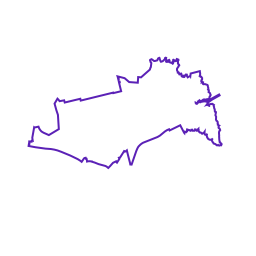 Albert-Eden Local Board Area, Auckland, New Zealand (Natural Earth projection), rotated 152°
{"feature_id": "76426892B596097138687", "entity_name": "Albert-Eden Local Board Area", "entity_type": "district", "adm_level": 2, "iso_a3": "NZL", "parent_name": "New Zealand", "parent_adm1": "Auckland", "projection": "natural_earth1", "projection_center": [174.717, -36.878], "detail": "fine", "context": "isolated", "style": "outline", "palette": "violet", "viewbox_px": 256, "rotation_deg": 152, "n_neighbors": 0, "source": "geoboundaries", "source_scale": "gbopen_adm2", "svg_char_len": 5545}
<svg xmlns="http://www.w3.org/2000/svg" viewBox="0 0 256 256"><g transform="rotate(152 128 128)"><path d="M67.0,91.2L66.7,90.3L65.9,89.9L65.5,88.8L65.4,88.3L65.2,88.1L64.1,88.3L63.4,88.1L62.2,88.7L62.4,88.4L62.6,87.9L63.1,87.4L63.2,86.5L63.0,85.8L62.1,85.6L61.9,85.5L61.6,85.5L61.4,85.2L62.1,84.4L62.2,83.7L62.4,83.3L62.5,83.0L62.3,82.4L62.5,81.5L62.4,80.9L62.2,80.7L61.6,79.5L60.9,79.0L59.4,78.5L58.0,79.0L58.9,78.6L59.4,78.2L59.9,78.2L59.9,77.3L59.8,76.7L59.9,75.9L59.6,75.0L59.7,74.8L59.7,74.1L58.3,72.7L58.0,71.7L57.6,70.9L57.2,70.7L56.4,70.8L56.2,70.1L55.4,69.5L54.6,69.6L53.9,69.0L53.3,69.4L52.9,69.8L52.9,70.4L53.5,71.7L53.4,72.0L53.7,72.2L53.7,72.5L52.6,75.5L52.0,76.6L51.8,77.3L51.1,78.4L49.9,81.1L49.0,82.3L48.4,82.4L48.0,82.8L47.6,82.9L47.4,84.4L47.8,85.1L47.7,85.3L47.9,85.6L47.7,86.2L46.9,87.3L46.7,87.2L46.4,87.3L46.8,87.8L46.8,88.2L47.1,88.6L46.7,89.1L46.9,89.6L46.0,91.1L46.0,91.6L46.1,91.9L46.1,92.3L46.5,93.0L46.3,94.3L45.9,94.9L44.9,96.6L44.8,98.3L43.0,100.5L42.9,100.8L42.9,101.0L43.5,101.4L43.5,102.0L42.6,103.9L42.7,104.3L42.6,105.1L42.4,105.7L42.1,106.1L42.0,107.5L41.8,107.7L41.3,108.0L42.2,109.8L42.4,109.9L42.6,109.8L43.0,109.9L43.9,110.5L44.4,110.6L44.8,110.3L45.2,110.3L46.0,110.1L45.6,109.2L45.4,109.1L45.5,109.1L46.0,109.6L46.0,109.9L46.7,110.6L46.9,111.3L47.4,111.4L47.1,111.5L46.4,111.4L46.6,111.7L46.2,111.7L45.7,112.5L45.9,112.9L40.4,113.6L31.8,113.8L31.8,114.8L44.2,114.6L46.6,115.0L46.4,115.2L46.6,115.4L47.0,115.5L47.1,116.3L47.7,116.0L49.0,116.0L51.2,116.8L51.9,116.7L52.1,116.9L52.1,117.1L52.4,117.3L52.9,117.9L53.5,118.2L53.5,117.7L53.7,117.4L54.8,117.5L55.2,117.4L55.6,117.0L56.0,117.1L56.3,117.3L56.5,118.4L56.4,118.6L56.0,117.9L55.9,117.5L55.6,117.4L53.9,118.3L53.7,118.3L53.4,118.4L53.1,118.7L52.2,118.7L51.9,118.9L51.8,118.7L51.9,118.0L51.8,117.7L50.9,117.5L50.5,117.5L50.3,117.4L49.1,117.5L48.6,117.9L48.6,118.5L48.4,117.9L48.0,117.6L47.2,117.4L46.5,117.0L46.3,116.1L44.7,116.4L43.3,115.7L42.0,116.3L41.2,117.4L40.6,117.5L40.3,117.9L39.6,118.2L39.4,118.7L39.5,119.3L39.2,120.1L39.6,121.3L39.9,121.6L40.0,121.9L39.5,122.3L39.2,123.1L39.2,124.2L38.9,124.1L38.9,124.6L38.3,125.6L38.1,126.9L37.7,127.8L37.6,128.5L37.7,128.8L39.5,130.7L40.1,130.7L40.5,130.3L40.3,130.9L40.9,131.3L41.1,131.7L40.9,132.2L40.2,133.1L40.4,133.4L40.8,133.7L41.2,133.7L41.0,133.9L41.4,134.6L41.1,134.9L40.9,135.6L40.4,135.9L39.9,135.9L39.1,137.3L39.3,138.1L39.2,138.8L40.0,139.3L40.0,140.1L40.2,140.3L39.4,140.9L39.2,141.5L38.7,142.2L37.9,144.5L47.1,146.7L48.5,144.7L48.5,144.8L51.5,144.7L51.5,145.2L51.4,145.5L51.6,146.2L51.0,147.5L51.7,148.0L52.4,147.4L52.7,147.3L53.7,148.0L54.1,147.7L53.9,147.1L54.0,146.9L54.3,146.6L54.7,146.7L55.1,147.2L55.9,147.7L56.1,148.1L55.4,148.5L55.6,148.8L56.0,148.5L56.2,148.9L55.8,149.9L55.8,150.7L55.5,150.7L55.5,151.1L55.9,151.2L57.1,151.0L57.5,151.2L57.5,151.6L57.1,152.2L57.2,153.2L57.9,153.3L58.1,153.5L57.6,154.5L57.7,155.6L57.5,156.3L56.9,157.3L55.6,158.1L54.6,158.5L54.0,159.2L53.4,159.2L53.2,159.8L53.7,161.4L53.2,162.1L53.1,162.6L52.7,163.2L53.0,163.8L52.7,164.2L52.1,164.1L51.6,164.2L51.4,164.7L52.5,166.0L54.3,164.8L54.6,165.1L54.8,164.9L55.1,164.9L55.3,165.5L55.6,166.7L55.9,167.0L56.0,167.0L56.2,166.9L57.0,165.3L57.6,165.5L57.9,165.3L57.5,164.7L57.5,164.3L58.1,163.8L58.4,163.8L58.6,164.7L59.2,165.2L59.3,165.4L59.7,165.7L60.5,166.7L60.4,167.2L60.0,167.4L59.6,168.2L59.7,168.8L60.4,168.8L61.8,167.8L62.4,168.0L63.1,168.4L63.2,168.6L63.1,169.2L62.7,169.5L62.3,169.6L62.0,170.2L62.1,171.7L61.7,171.7L61.4,172.0L61.7,172.4L62.4,172.4L62.9,171.8L63.5,171.4L65.2,170.9L66.0,170.7L67.8,171.0L67.9,171.4L67.8,172.4L67.7,173.4L67.3,175.1L67.4,175.3L68.7,175.3L70.4,174.0L72.7,174.5L73.5,174.9L74.5,177.0L74.9,177.7L76.4,177.8L76.8,177.4L76.9,176.0L77.1,175.8L76.9,174.4L79.3,171.0L80.0,170.6L81.3,169.3L92.7,166.6L95.1,168.2L98.1,163.4L105.4,168.0L107.6,173.6L113.0,178.5L113.2,177.5L112.7,177.0L113.1,175.8L113.6,176.0L114.4,172.9L113.7,172.7L113.8,172.4L114.0,172.5L114.1,172.2L114.6,172.3L116.8,163.7L124.6,165.7L124.5,166.2L156.9,174.4L156.4,176.2L171.9,180.2L171.4,182.4L175.8,183.8L176.1,185.7L176.5,187.0L181.4,184.0L182.9,177.3L183.7,172.5L189.6,159.5L201.2,158.9L204.8,163.5L206.0,165.5L206.4,167.0L206.6,168.5L206.6,169.7L206.4,171.2L210.3,172.3L210.5,172.7L217.1,164.3L218.1,161.5L218.7,162.1L219.1,162.0L219.6,161.2L220.5,161.8L221.3,162.2L221.2,162.3L221.5,162.5L222.4,161.0L222.1,160.9L222.7,160.1L223.0,160.4L224.2,158.8L218.8,154.5L210.5,148.5L205.9,145.6L203.2,143.5L200.8,141.3L198.1,138.3L191.9,130.8L187.0,124.1L185.5,121.5L184.8,119.9L181.1,121.8L180.5,121.9L179.4,121.6L179.6,120.7L179.2,120.6L179.0,120.4L179.5,118.7L179.9,117.6L179.0,117.4L177.5,116.7L175.6,115.4L175.7,115.2L173.7,113.2L170.9,109.9L165.9,105.2L165.0,104.0L164.2,102.0L161.6,102.8L157.6,104.3L154.2,104.2L154.3,103.5L154.0,102.6L150.1,104.8L150.0,106.0L148.8,105.7L142.8,109.1L142.7,108.9L142.4,109.1L142.5,109.3L142.2,109.5L141.1,108.4L139.5,108.8L140.5,105.0L142.8,95.5L143.1,94.7L142.0,94.0L131.6,103.7L129.5,105.4L128.2,106.3L127.2,106.8L124.9,107.5L123.3,107.8L121.5,107.9L106.2,106.2L103.4,106.3L97.0,107.6L94.5,107.8L92.3,107.6L92.4,106.3L80.6,105.9L80.7,97.4L80.6,97.0L79.7,98.3L79.3,98.0L78.7,97.0L78.0,97.2L77.3,97.3L77.0,97.6L77.1,97.9L77.0,98.3L76.5,99.0L76.0,98.6L75.9,98.1L74.7,97.3L74.5,96.6L74.2,96.2L73.4,96.1L72.8,96.7L72.0,96.3L72.1,95.2L70.7,94.4L70.1,94.5L69.4,95.3L68.8,94.8L69.0,94.2L68.8,93.6L68.5,93.2L68.0,93.2L67.3,93.5L66.7,94.1L66.3,94.2L66.6,93.7L66.5,93.1L66.8,92.9L67.1,92.4L67.1,92.0L66.9,91.4L67.0,91.2Z" fill="none" stroke="#5b21b6" stroke-width="2"/></g></svg>